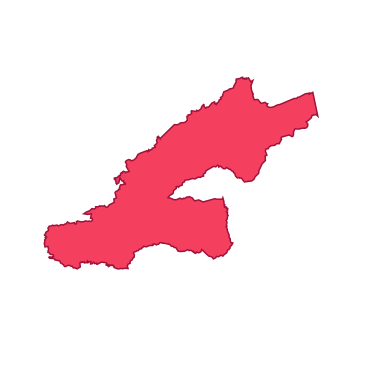 Hueytamalco, Puebla, Mexico (Natural Earth projection), rotated 57°
{"feature_id": "50627088B70242427867447", "entity_name": "Hueytamalco", "entity_type": "district", "adm_level": 2, "iso_a3": "MEX", "parent_name": "Mexico", "parent_adm1": "Puebla", "projection": "natural_earth1", "projection_center": [-97.308, 20.034], "detail": "fine", "context": "isolated", "style": "filled", "palette": "rose", "viewbox_px": 384, "rotation_deg": 57, "n_neighbors": 0, "source": "geoboundaries", "source_scale": "gbopen_adm2", "svg_char_len": 6104}
<svg xmlns="http://www.w3.org/2000/svg" viewBox="0 0 384 384"><g transform="rotate(57 192 192)"><path d="M196.9,45.2L174.2,36.4L173.8,40.3L173.0,39.6L171.3,43.8L170.8,50.6L170.1,51.8L170.5,53.5L169.2,55.3L166.5,70.5L165.5,73.0L165.0,77.2L164.1,79.7L162.5,81.7L160.4,82.3L159.2,80.5L158.5,81.3L156.6,81.9L155.3,85.9L150.7,86.3L149.9,86.9L148.6,89.6L145.2,88.7L143.2,87.9L143.3,87.4L139.6,86.8L135.1,84.8L131.6,80.2L131.5,82.6L127.0,82.5L126.8,84.7L126.1,84.4L126.0,86.4L125.3,86.0L124.7,87.5L123.6,87.0L123.0,87.5L122.8,90.3L121.4,93.3L122.4,94.4L123.6,94.8L126.0,99.3L127.1,100.4L127.1,101.6L126.0,104.5L126.2,106.5L125.3,110.7L128.5,114.8L128.2,116.6L129.9,116.9L129.6,119.0L130.7,120.3L131.7,123.7L130.8,123.5L130.9,124.6L130.2,124.8L128.7,124.0L128.2,126.7L129.8,131.7L128.9,133.5L129.2,134.9L126.3,135.3L125.6,134.4L124.9,134.7L125.6,137.2L127.1,139.2L127.5,142.5L126.0,143.6L126.7,144.7L123.6,148.2L124.3,149.1L125.6,149.2L126.1,150.0L125.9,152.2L125.2,153.1L126.0,153.9L125.8,155.1L129.0,156.7L129.7,158.5L129.6,160.5L127.8,163.9L127.9,166.5L127.4,168.0L125.9,170.1L129.8,189.5L129.0,189.3L129.6,189.6L126.9,190.0L127.1,191.4L128.3,191.3L128.6,192.6L129.5,193.7L131.8,194.5L132.5,197.0L132.4,198.2L134.5,198.6L133.6,201.5L134.5,202.7L133.9,204.1L134.3,205.4L133.0,205.3L134.0,207.3L132.8,207.4L131.2,214.6L131.1,217.0L133.0,220.3L133.5,223.6L132.7,226.0L131.6,226.2L130.2,227.6L130.0,230.1L130.5,231.5L133.4,231.7L134.7,233.2L140.6,233.6L139.6,235.9L139.6,237.2L138.7,237.1L137.3,238.2L137.3,239.1L138.1,240.1L137.3,240.6L137.7,242.0L139.1,243.0L138.6,244.3L139.1,246.7L138.0,249.6L138.9,250.1L139.7,249.4L139.8,249.9L141.3,249.8L143.2,250.9L144.4,250.9L144.4,248.3L140.6,244.6L143.6,244.8L144.8,244.5L145.3,243.6L145.4,243.9L147.1,244.0L147.7,244.0L148.1,243.2L149.0,243.7L148.4,244.0L148.4,245.3L147.1,248.1L148.7,250.3L150.3,251.1L149.7,252.2L150.5,253.1L150.1,255.7L150.6,256.9L155.8,258.6L155.3,261.4L158.3,262.9L157.7,268.3L158.5,270.7L158.4,271.8L157.5,272.6L155.7,272.8L155.7,273.9L154.5,275.3L154.0,276.8L153.3,277.0L153.3,278.7L151.9,280.9L153.0,281.5L153.1,283.1L151.4,285.0L152.0,288.0L151.3,291.0L151.3,294.6L153.9,291.8L155.5,288.2L158.8,291.4L159.8,290.2L160.6,290.3L161.4,290.9L161.6,292.0L161.5,293.1L160.4,293.9L159.8,295.5L158.1,297.2L158.0,298.8L156.6,301.4L153.9,303.9L154.0,305.1L155.7,306.2L155.2,307.4L154.2,307.8L153.7,307.3L152.0,311.4L149.3,312.8L150.2,314.8L149.6,316.1L149.7,317.8L148.1,319.4L147.7,322.4L146.2,323.2L145.1,326.0L143.9,327.0L143.8,328.6L142.9,330.4L143.9,332.6L145.1,332.6L146.1,333.5L146.2,336.6L147.0,337.3L147.7,339.2L150.3,338.4L150.2,339.8L151.3,339.6L151.9,341.7L153.6,342.5L154.5,343.8L158.0,345.2L159.2,342.5L161.7,343.4L164.1,345.7L165.3,344.8L167.1,344.8L169.0,342.6L170.3,342.9L170.7,343.2L170.3,343.9L170.8,344.3L168.7,347.0L168.9,347.6L170.3,347.3L170.4,346.5L171.0,346.3L172.1,344.6L173.5,343.7L174.3,344.0L177.8,340.4L179.9,340.9L182.7,339.4L185.0,339.5L185.8,338.3L185.7,337.3L186.5,334.9L188.4,333.9L189.1,332.9L191.0,332.9L191.6,331.8L193.9,330.2L194.0,326.5L190.5,324.7L190.2,323.8L191.0,323.0L190.7,322.1L191.7,321.7L191.7,320.6L192.9,320.8L193.7,319.0L192.9,317.4L193.5,317.5L194.0,318.5L194.5,318.2L194.7,317.4L194.2,316.5L194.9,315.8L195.4,314.1L195.6,315.5L197.2,316.2L197.8,314.5L197.3,312.8L199.0,312.6L199.7,310.9L200.5,311.3L201.0,311.0L201.5,306.1L204.7,302.4L205.9,302.5L206.0,303.5L206.5,303.8L207.6,302.8L207.5,301.5L207.8,301.2L208.3,301.3L209.1,303.3L209.1,299.6L209.9,299.3L210.1,298.2L211.2,298.4L211.9,297.8L212.8,298.5L215.6,296.6L217.1,294.5L217.3,293.3L218.7,291.9L219.2,290.1L221.4,287.3L219.0,286.7L217.6,284.7L218.2,282.8L216.3,281.5L216.3,279.0L215.4,277.8L215.2,276.1L213.3,274.5L211.1,274.3L210.8,273.6L211.4,271.3L211.2,270.2L211.9,269.2L211.4,267.0L212.1,265.2L211.6,264.7L211.7,263.4L211.2,262.2L213.1,260.2L213.8,256.6L215.4,254.2L215.4,253.6L214.5,253.2L215.1,251.7L216.8,250.8L217.5,248.5L217.2,246.2L217.5,245.4L218.9,244.7L219.7,243.3L223.8,239.3L226.3,238.8L227.4,237.3L228.8,237.2L229.9,235.8L233.9,235.9L235.3,234.6L237.5,230.7L238.1,227.1L239.6,226.3L239.9,225.2L240.7,224.4L243.7,223.4L243.1,223.1L245.5,222.2L245.1,220.7L246.7,219.4L247.0,217.3L245.6,215.2L254.8,212.9L257.3,210.6L259.8,210.5L260.1,207.9L259.3,206.6L260.7,205.1L260.8,202.1L262.5,201.1L262.6,200.4L262.0,199.5L261.9,196.1L260.2,193.8L260.3,192.3L259.8,190.8L258.6,189.7L258.3,187.8L257.0,185.5L256.2,186.1L256.0,186.8L254.3,186.7L252.0,185.4L250.3,185.6L248.0,184.2L244.8,183.7L241.8,182.5L239.8,182.4L239.9,181.5L238.1,180.8L237.3,179.8L235.8,178.9L234.6,178.9L233.9,177.9L234.0,177.4L232.0,175.7L231.4,174.6L230.7,175.0L230.2,174.3L228.9,174.1L228.8,173.5L227.3,173.9L227.1,172.4L226.1,171.7L225.3,171.9L225.7,170.6L224.5,171.9L223.9,171.9L223.6,171.3L222.6,171.8L222.4,172.9L221.9,172.9L220.4,171.4L219.9,171.9L217.2,170.4L213.6,169.3L214.3,170.3L214.1,171.3L211.4,175.3L210.1,176.4L206.4,188.1L202.3,190.7L200.8,194.7L197.1,195.0L194.4,196.8L194.2,198.0L193.4,198.9L193.5,201.6L192.7,202.3L192.5,204.2L190.6,205.4L190.1,208.9L188.8,211.2L185.3,213.5L183.7,215.2L182.8,212.7L183.0,208.8L180.7,206.5L180.5,203.3L178.9,202.3L179.5,201.2L180.7,200.8L180.2,199.1L180.9,196.6L179.4,195.1L179.1,194.2L179.4,192.9L178.4,191.6L178.8,190.0L179.7,188.7L180.9,184.4L182.7,182.3L182.9,178.7L184.3,177.0L184.4,174.8L185.0,173.7L183.2,172.7L183.3,170.7L181.8,168.5L182.2,160.1L183.9,158.3L183.5,155.9L184.2,155.5L185.7,155.9L185.8,154.0L189.5,153.0L190.6,151.5L190.2,149.8L193.2,148.3L194.0,147.5L195.9,147.2L197.2,146.2L198.2,146.6L200.3,146.1L202.1,146.8L204.4,146.5L205.0,146.2L205.6,144.5L206.4,144.4L207.3,143.0L212.1,142.6L215.3,135.8L215.0,132.8L213.6,130.8L212.7,126.1L210.4,124.0L206.6,118.0L205.6,113.3L201.7,111.1L201.9,109.1L197.9,108.3L196.4,107.0L196.3,106.3L197.2,104.6L196.2,102.7L196.2,100.6L197.9,97.2L197.6,94.6L199.0,92.6L196.6,88.2L195.6,88.2L194.7,87.2L197.0,79.6L200.0,77.9L200.3,77.2L199.2,75.7L197.0,74.1L195.1,71.5L197.7,67.6L198.4,65.0L200.1,62.5L200.4,60.7L199.6,59.0L198.2,57.9L195.3,58.0L195.4,55.4L194.7,51.5L193.1,49.6L194.7,45.7L196.9,45.2Z" fill="#f43f5e" stroke="#9f1239" stroke-width="1.5"/></g></svg>